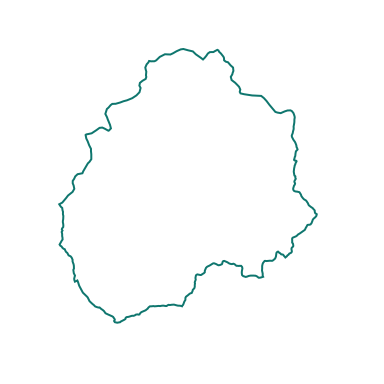 outline of Bji, Ha, Bhutan, rotated 13°
{"feature_id": "84629894B12913884891089", "entity_name": "Bji", "entity_type": "district", "adm_level": 2, "iso_a3": "BTN", "parent_name": "Bhutan", "parent_adm1": "Ha", "projection": "orthographic", "projection_center": [89.176, 27.451], "detail": "fine", "context": "isolated", "style": "outline", "palette": "teal", "viewbox_px": 384, "rotation_deg": 13, "n_neighbors": 0, "source": "geoboundaries", "source_scale": "gbopen_adm2", "svg_char_len": 5998}
<svg xmlns="http://www.w3.org/2000/svg" viewBox="0 0 384 384"><g transform="rotate(13 192 192)"><path d="M314.8,196.9L315.0,196.4L315.4,195.7L315.8,193.3L315.9,192.0L316.0,191.6L316.5,190.6L317.7,189.0L318.5,187.5L318.6,185.9L318.5,185.5L317.0,185.0L316.5,184.5L316.0,183.5L315.8,182.6L315.5,182.2L315.1,181.9L314.0,181.2L313.3,180.6L311.0,179.7L308.9,178.7L308.2,178.0L307.7,177.1L305.7,175.2L304.9,174.6L302.7,173.9L301.5,173.1L299.6,171.5L298.7,170.0L296.8,168.1L296.3,168.0L295.6,168.0L293.9,168.0L293.4,168.2L291.6,168.1L291.3,168.0L290.5,167.4L290.0,166.6L289.8,165.7L290.0,162.8L290.5,161.7L290.5,160.8L290.5,160.4L289.6,159.3L289.4,158.8L289.5,157.7L290.0,156.4L290.1,155.7L289.5,155.0L289.2,153.5L289.0,153.3L288.2,153.0L287.9,152.5L286.6,149.4L286.4,147.8L286.2,145.9L286.2,144.3L286.1,143.0L286.4,142.1L286.4,140.8L287.0,138.7L286.9,138.4L286.6,138.2L285.9,138.1L285.0,138.2L284.4,137.9L284.2,137.7L284.3,135.1L284.3,134.5L284.5,133.9L284.5,133.5L284.2,131.3L284.1,129.0L285.3,126.9L285.1,126.5L284.5,125.5L284.0,125.0L283.6,124.4L283.5,123.8L282.9,122.6L281.5,120.6L280.8,119.8L279.7,118.9L278.7,117.9L276.9,115.7L276.5,114.5L276.9,111.9L276.8,110.5L276.9,108.1L276.7,106.8L276.3,105.6L276.1,101.7L275.9,100.3L275.6,99.0L275.4,97.8L275.4,96.6L275.0,95.4L274.4,94.3L273.1,92.3L271.1,90.7L269.6,90.3L266.7,91.1L264.2,92.6L260.7,95.2L257.4,95.4L255.2,95.2L247.9,89.7L244.2,86.6L240.9,84.3L237.8,82.8L228.8,84.4L220.8,85.0L217.1,85.0L216.0,83.7L216.0,81.3L214.2,78.9L212.1,77.5L209.4,75.8L205.4,74.0L203.9,71.1L204.8,68.3L204.8,66.9L205.1,64.7L204.0,61.5L201.1,59.9L197.9,57.5L195.6,57.4L193.7,56.5L193.0,54.2L192.2,53.1L189.1,50.6L186.8,49.2L185.9,48.1L184.7,47.8L182.5,49.7L181.4,50.8L177.9,51.7L176.3,53.5L175.3,56.1L174.0,58.7L173.2,59.9L172.9,60.4L170.3,59.2L164.8,57.0L161.2,54.8L156.4,54.8L151.4,54.6L148.9,55.6L145.3,58.3L142.2,61.2L140.0,62.9L134.6,63.9L130.2,67.6L127.5,71.8L126.1,73.0L122.6,73.9L121.5,73.9L120.7,74.0L120.4,75.5L119.1,77.8L118.5,81.2L119.3,83.0L120.4,85.0L120.9,88.7L121.6,90.2L121.4,92.3L118.8,94.7L116.7,97.4L116.8,100.2L118.5,102.2L118.4,106.6L116.1,110.4L112.7,114.0L108.0,117.3L104.8,119.0L101.8,121.0L97.8,123.2L94.5,124.1L93.2,125.6L91.7,128.5L90.4,130.3L90.0,135.4L92.4,138.3L93.5,140.1L97.0,145.0L98.7,148.3L97.2,150.8L96.7,151.1L92.6,149.9L90.1,149.4L87.5,150.3L84.8,153.4L81.0,157.4L76.0,159.7L75.5,160.4L77.0,163.7L78.9,166.0L81.3,169.6L83.9,172.7L84.3,174.7L85.4,177.9L86.5,182.7L85.3,185.7L84.1,187.5L81.4,196.1L81.0,198.4L76.5,200.4L74.7,203.1L74.2,205.7L73.3,208.0L73.8,210.3L75.2,212.3L76.6,215.4L75.6,218.8L72.0,223.3L70.7,226.2L68.0,231.5L65.4,233.8L66.5,234.9L67.6,235.9L69.1,236.7L70.0,239.0L70.8,240.4L71.0,241.7L71.4,243.1L72.0,244.2L72.6,247.4L72.7,249.3L73.0,250.6L73.7,252.1L74.2,253.7L74.4,255.1L73.6,256.8L73.6,257.8L74.5,258.7L74.0,260.3L74.7,261.5L75.1,262.8L75.4,264.2L76.0,265.4L76.6,267.4L76.0,268.8L74.8,273.0L75.7,273.9L77.1,274.4L78.3,275.5L79.6,276.2L80.9,276.4L81.9,277.8L82.9,278.8L84.2,279.4L86.0,281.5L88.2,282.0L89.5,283.0L90.9,284.9L91.2,286.4L91.9,287.6L92.8,288.9L93.5,290.5L94.2,293.2L93.9,294.6L95.1,297.7L96.8,299.8L96.7,301.4L96.7,303.0L97.2,304.3L98.1,305.7L99.3,304.8L100.2,304.0L101.1,305.2L102.8,308.1L103.5,309.1L108.3,314.6L113.1,317.5L114.1,318.2L116.7,321.4L118.0,322.2L120.6,323.7L121.4,324.0L123.4,325.3L125.7,325.6L127.1,325.6L127.9,325.3L130.1,326.5L131.3,326.9L133.0,327.8L135.0,329.6L137.2,330.1L142.3,331.1L143.3,331.5L145.4,333.5L145.5,334.2L145.1,335.2L146.1,336.2L148.5,336.2L151.3,335.0L151.7,334.3L155.0,331.5L155.7,330.6L155.7,329.5L156.3,328.7L158.5,327.8L161.0,326.3L161.7,326.0L162.9,325.8L164.0,325.1L164.9,324.1L166.4,323.5L167.6,323.5L168.4,323.1L168.5,322.4L169.3,320.9L170.0,320.2L173.4,317.7L174.4,316.4L175.1,315.6L175.4,314.6L176.1,313.6L176.8,312.8L177.5,312.7L180.3,311.8L181.3,311.8L185.2,310.5L186.7,310.3L187.7,309.8L189.4,309.2L192.2,309.0L192.9,308.8L193.8,307.8L194.6,307.2L195.9,307.1L197.7,306.4L199.7,305.8L200.5,305.8L202.4,305.9L203.8,305.9L205.9,305.5L207.1,305.5L208.0,305.6L208.2,304.7L208.6,304.2L208.8,303.5L209.2,300.4L209.8,298.8L209.7,298.0L209.4,296.6L209.7,295.4L211.5,293.2L212.2,292.2L213.2,291.1L214.4,290.5L214.8,288.5L214.8,287.1L215.9,285.3L216.0,283.7L215.6,282.0L215.5,280.4L215.1,279.8L215.0,279.0L215.3,277.0L215.3,276.4L214.7,275.0L214.6,272.5L214.9,271.8L215.7,271.1L218.8,271.0L219.5,270.8L220.0,270.4L220.4,269.8L221.8,268.5L222.5,267.4L222.2,265.8L222.7,262.8L223.4,261.6L224.4,260.7L225.6,259.8L228.5,256.9L229.4,256.5L230.3,256.6L231.3,256.7L233.9,257.4L234.4,257.4L235.6,256.9L237.3,255.7L237.5,255.2L237.6,253.0L238.1,252.2L239.0,251.9L242.3,252.5L244.5,253.3L246.5,253.4L247.4,253.2L248.3,252.6L248.7,252.6L249.8,252.8L251.6,253.8L252.0,253.9L252.8,253.7L254.4,253.5L255.1,253.2L256.5,252.9L257.7,253.8L258.3,255.1L258.4,257.9L258.7,259.7L259.0,260.4L259.3,261.3L259.6,261.8L261.0,262.5L262.0,262.5L263.2,262.7L263.8,262.5L265.1,261.8L266.0,261.1L268.1,260.2L271.9,259.4L272.8,259.3L273.4,259.4L274.5,259.7L276.1,260.5L276.6,260.5L278.2,259.9L280.4,258.6L279.7,257.6L279.2,255.5L277.9,252.8L277.5,250.4L277.0,248.3L277.0,246.1L277.2,245.1L278.3,242.8L279.1,242.6L279.8,242.6L281.7,242.0L283.4,241.4L285.2,241.1L285.8,240.9L286.3,240.4L287.0,239.5L287.8,238.4L288.0,237.9L288.3,236.1L288.1,233.8L288.0,232.7L288.0,232.3L288.1,232.0L288.5,231.3L288.9,230.9L289.3,230.7L289.7,230.9L290.5,231.5L290.9,231.7L291.6,231.8L293.0,232.7L294.5,232.5L295.0,232.7L296.2,233.7L297.1,234.3L297.7,234.8L298.5,233.8L298.9,233.3L299.2,232.4L300.2,231.3L300.4,230.7L300.7,230.1L301.8,229.3L302.3,228.8L302.5,228.5L302.7,227.7L302.4,226.7L301.8,225.4L301.7,224.9L301.7,224.3L301.9,223.7L302.8,222.3L302.8,221.9L302.8,221.6L302.1,219.8L301.7,219.3L301.1,218.9L300.9,218.6L300.7,217.3L300.1,215.2L300.1,214.5L300.3,214.1L300.5,213.8L303.3,211.8L304.3,210.6L304.7,209.8L305.2,209.2L306.1,208.4L310.4,203.6L310.8,202.2L311.0,201.0L311.4,200.1L311.8,198.4L312.0,198.1L312.4,197.9L314.0,197.4L314.8,196.9Z" fill="none" stroke="#0f766e" stroke-width="2"/></g></svg>